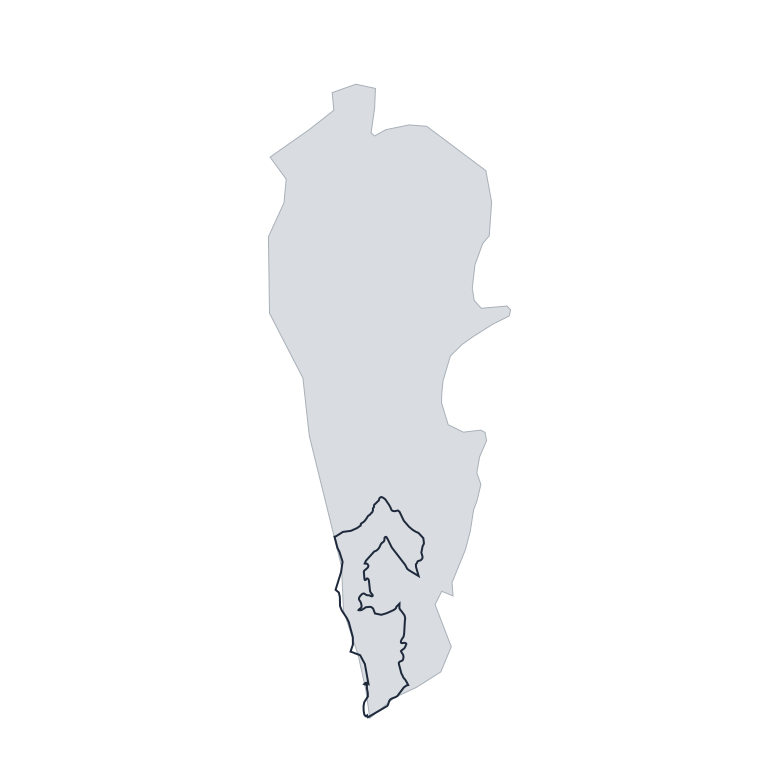 Lebanon, with South Lebanon highlighted, rotated 325°
{"feature_id": "LBN-3060", "entity_name": "South Lebanon", "entity_type": "Province", "adm_level": 1, "iso_a3": "LBN", "parent_name": "Lebanon", "parent_adm1": "", "projection": "albers", "projection_center": [35.407, 33.345], "detail": "fine", "context": "in_parent", "style": "outline", "palette": "slate", "viewbox_px": 768, "rotation_deg": 325, "n_neighbors": 0, "source": "natural_earth", "source_scale": "10m", "svg_char_len": 4200}
<svg xmlns="http://www.w3.org/2000/svg" viewBox="0 0 768 768"><g transform="rotate(325 384 384)"><path d="M420.8,132.8L468.9,132.7L499.9,131.0L508.7,115.6L532.9,122.3L546.5,137.0L534.5,152.7L517.5,170.8L518.5,175.4L531.3,176.7L553.2,186.2L566.8,197.4L589.8,267.7L576.4,296.9L555.2,323.0L545.6,325.4L526.9,338.5L511.2,356.2L505.8,367.4L507.1,377.8L529.5,390.7L530.2,395.9L525.7,400.1L507.6,397.4L484.2,396.3L470.5,396.4L454.5,399.1L434.2,415.2L425.2,425.7L420.3,432.5L413.2,454.2L421.4,469.0L436.8,477.3L439.0,481.6L435.6,489.2L420.4,498.6L409.0,510.1L405.8,521.8L393.1,533.1L385.2,538.5L370.4,553.9L355.7,566.4L325.8,585.7L319.0,597.2L312.4,586.9L299.3,594.0L288.4,637.8L265.4,652.4L236.8,651.1L212.8,646.9L180.7,649.6L193.7,624.1L207.4,591.1L220.8,546.4L244.4,509.4L293.1,383.6L321.0,332.6L330.8,260.4L373.8,197.1L406.0,178.2L421.4,160.1L420.8,132.8Z" fill="#d9dde1" stroke="#a8b0b8" stroke-width="1"/><path d="M231.1,644.5L229.7,643.9L226.3,643.9L215.9,647.3L213.9,647.1L210.0,646.1L208.3,646.0L206.5,646.6L203.4,649.0L202.1,649.6L179.7,647.8L179.7,647.3L180.1,645.8L178.8,646.0L178.4,645.6L178.4,644.7L178.2,643.7L179.9,640.0L182.4,636.2L185.4,633.3L191.6,630.7L193.7,627.4L195.4,623.6L197.3,620.8L195.6,618.5L197.3,618.2L198.2,618.6L199.2,620.8L207.7,602.5L208.9,592.5L203.1,584.0L209.1,579.6L213.3,573.4L218.6,558.8L219.3,554.4L219.5,545.4L220.6,540.7L225.7,533.1L227.4,528.9L226.3,524.8L240.8,513.6L248.1,505.9L251.2,496.1L251.8,491.7L255.9,480.7L257.3,481.2L265.5,481.6L272.7,485.3L279.5,486.6L282.6,486.5L283.7,486.6L284.1,486.2L284.4,485.7L284.8,485.3L285.6,485.2L288.3,485.3L290.3,484.9L293.6,483.7L294.1,483.4L295.1,483.0L295.8,482.9L297.3,483.0L299.2,482.5L300.4,482.4L301.0,482.2L302.3,481.3L302.7,480.9L303.3,479.9L303.6,479.5L304.8,479.2L305.3,478.9L305.7,478.5L306.0,478.0L306.3,477.6L306.8,477.3L307.4,477.2L308.7,477.1L311.2,476.6L311.9,476.6L312.6,476.5L313.2,476.2L313.9,475.6L314.8,475.0L315.7,474.8L317.0,475.0L318.1,476.7L318.9,479.3L318.8,486.0L318.5,488.8L318.0,490.9L317.9,491.8L318.3,492.9L319.6,494.2L320.5,494.7L321.9,495.2L322.9,495.7L323.2,496.9L323.4,497.8L321.8,507.3L322.6,515.2L323.7,519.5L324.2,520.8L325.6,523.9L326.8,525.6L327.8,532.8L325.5,537.2L324.3,538.2L322.7,538.9L317.9,543.5L316.7,547.1L316.4,547.7L315.7,548.6L314.8,549.1L313.2,549.4L312.3,549.3L311.6,549.0L311.1,548.8L310.5,548.6L309.9,548.6L309.4,548.8L308.4,549.4L307.9,549.7L306.7,550.0L305.3,552.2L302.2,561.2L297.9,551.5L297.0,548.8L297.6,544.3L296.6,522.6L296.7,521.7L298.0,513.4L298.2,510.6L297.9,510.3L297.3,510.1L296.7,510.1L296.0,510.5L295.4,511.4L294.8,512.0L294.1,512.6L293.4,512.9L292.6,513.0L291.0,513.0L290.2,513.2L289.4,513.5L286.3,515.3L284.7,515.8L283.8,516.0L282.0,516.1L279.9,515.6L267.8,518.4L265.2,520.0L265.6,520.4L266.3,520.8L266.9,521.4L267.2,522.3L267.0,523.9L266.3,524.6L265.6,525.0L263.8,525.3L260.7,525.6L259.9,526.1L259.2,527.2L258.5,528.5L256.3,532.2L255.9,533.3L256.0,533.8L256.6,534.0L258.1,533.5L258.7,533.6L259.1,534.2L259.2,534.9L259.1,535.7L258.8,536.5L253.8,545.6L253.4,547.3L253.7,550.1L253.3,551.0L252.6,551.1L252.0,550.8L251.4,549.8L251.1,549.2L250.6,548.6L249.3,547.6L248.7,547.0L248.4,546.3L247.8,544.8L247.4,544.1L246.4,543.6L245.0,543.5L242.2,544.2L240.8,545.0L240.1,545.8L239.9,546.6L239.8,548.0L239.9,548.5L239.7,549.4L239.4,550.6L238.5,552.7L237.7,553.7L236.6,554.2L234.0,554.3L233.4,554.6L233.7,555.0L234.3,555.4L235.0,555.9L235.8,556.2L236.6,556.3L239.7,556.5L240.4,556.4L241.2,556.5L244.2,558.2L244.9,558.7L245.6,559.4L246.3,561.6L245.0,566.8L249.4,571.5L254.8,573.3L262.2,574.7L264.0,574.7L265.1,574.5L266.4,573.6L270.7,572.8L268.0,576.5L267.8,578.4L268.0,579.7L268.1,585.2L267.5,586.9L266.6,588.6L265.3,589.9L257.6,599.7L256.1,601.3L254.7,602.4L252.9,603.0L251.8,603.5L250.2,604.5L249.7,605.3L249.6,606.0L250.1,606.6L250.8,607.0L251.5,607.3L252.3,607.7L252.9,608.3L253.3,609.5L252.9,610.0L250.2,611.7L249.3,612.1L248.5,612.2L245.9,612.3L244.7,612.5L244.5,613.4L244.3,616.8L243.8,618.1L243.1,619.2L241.8,620.4L241.3,620.7L240.7,621.0L240.0,621.0L237.9,620.5L236.4,620.7L235.6,621.9L232.2,631.1L232.1,631.8L232.0,633.3L231.6,634.9L231.5,635.6L231.6,637.4L231.8,638.3L231.5,642.1L231.1,644.5Z" fill="none" stroke="#1e293b" stroke-width="2"/></g></svg>